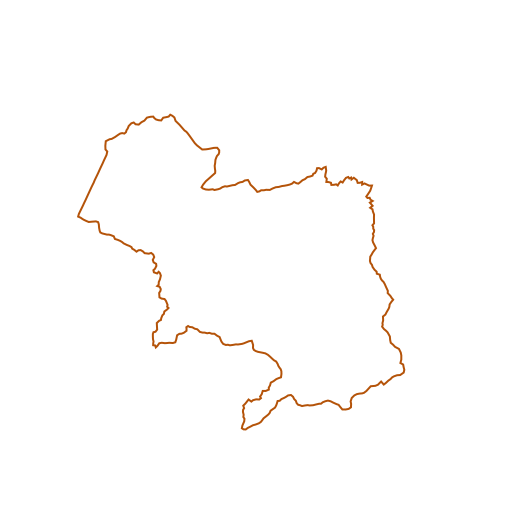 Palmeira, Paraná, Brazil, rotated 235°
{"feature_id": "56859067B23664287771885", "entity_name": "Palmeira", "entity_type": "district", "adm_level": 2, "iso_a3": "BRA", "parent_name": "Brazil", "parent_adm1": "Paraná", "projection": "robinson", "projection_center": [-50.067, -25.452], "detail": "fine", "context": "isolated", "style": "outline", "palette": "amber", "viewbox_px": 512, "rotation_deg": 235, "n_neighbors": 0, "source": "geoboundaries", "source_scale": "gbopen_adm2", "svg_char_len": 6118}
<svg xmlns="http://www.w3.org/2000/svg" viewBox="0 0 512 512"><g transform="rotate(235 256 256)"><path d="M429.6,193.8L426.9,194.1L424.5,191.5L421.6,186.4L419.9,183.6L418.6,181.3L417.4,179.2L415.7,176.3L414.5,174.3L412.1,170.0L410.6,167.3L409.1,165.0L408.2,163.3L406.7,160.6L403.6,155.3L402.5,153.4L399.5,148.3L398.0,145.6L396.7,143.4L395.2,140.7L394.1,138.7L392.1,135.1L390.3,132.9L388.0,134.3L385.8,135.1L384.3,135.8L382.0,137.1L379.8,138.5L378.2,141.3L376.2,144.7L374.3,146.1L372.1,145.4L369.0,143.6L366.3,142.4L364.6,142.0L362.7,143.0L359.1,146.1L358.0,147.7L356.6,148.9L353.7,150.8L350.9,150.2L348.4,152.1L346.1,153.5L344.0,154.4L342.3,154.8L339.2,156.5L336.8,158.1L334.7,159.1L333.0,158.8L330.9,159.8L328.1,160.6L328.1,163.0L327.0,164.9L324.6,166.0L322.2,166.4L319.4,169.5L318.6,171.9L316.1,172.6L313.5,172.0L312.0,169.2L309.5,168.5L306.9,169.7L305.0,168.7L303.5,165.9L303.2,163.8L301.2,163.0L298.4,165.0L298.9,167.2L297.1,167.5L294.5,166.8L292.0,164.0L290.4,161.4L288.3,159.8L288.0,157.9L286.0,159.4L283.5,159.0L282.2,157.7L281.3,155.5L277.5,153.2L275.3,154.2L273.2,156.4L270.9,156.5L268.7,156.0L266.6,155.5L265.4,154.1L263.6,154.5L263.2,152.5L263.1,149.1L261.4,147.3L261.1,145.3L259.4,142.7L258.1,141.4L258.5,139.5L258.0,136.3L255.3,134.6L252.4,132.8L251.6,130.2L252.4,128.3L251.3,126.8L249.0,125.2L246.9,123.9L244.7,123.0L243.4,121.7L241.9,120.6L240.5,122.1L238.6,121.5L238.9,123.6L240.0,126.7L239.0,129.0L236.9,131.3L235.9,132.9L234.7,135.1L232.4,138.0L231.6,140.4L233.2,142.6L236.3,145.9L236.2,148.6L235.1,150.4L234.5,152.8L234.6,156.2L236.0,157.2L237.6,158.1L237.6,160.2L236.0,160.9L234.1,163.0L231.6,164.1L229.6,165.9L226.0,166.5L224.0,168.2L222.7,170.0L220.7,171.7L219.8,173.7L217.7,175.2L216.1,177.4L213.0,178.4L210.5,179.7L208.0,179.1L205.7,178.6L202.8,178.7L200.4,180.3L199.4,182.1L197.8,183.4L196.4,186.1L195.2,188.7L193.8,190.6L192.0,194.2L191.4,196.1L190.8,198.8L190.2,201.4L189.0,203.9L184.8,202.6L182.4,200.8L180.4,200.4L178.4,201.2L176.4,202.6L173.1,205.8L170.9,207.8L168.2,209.1L165.4,209.8L162.9,210.3L160.3,210.9L158.0,212.0L155.1,211.8L153.2,211.3L151.2,211.2L149.1,211.3L147.1,210.7L144.8,209.2L142.3,206.9L143.0,204.4L143.5,202.1L143.4,198.5L143.8,195.5L141.9,193.2L140.9,191.0L139.2,189.9L139.9,186.5L141.6,184.1L139.5,181.4L138.5,178.7L136.7,178.5L136.6,176.3L138.5,173.9L139.6,170.8L139.4,168.7L142.7,167.6L141.2,162.6L140.7,159.7L138.2,159.0L137.4,157.2L135.8,155.9L133.0,154.8L131.4,153.3L129.3,153.2L127.3,151.5L124.9,147.6L123.0,145.6L121.1,146.4L119.8,148.1L119.9,150.6L119.4,153.9L119.1,156.5L118.2,158.9L117.3,162.4L117.3,164.9L117.9,166.8L118.7,169.1L118.9,172.8L119.1,175.3L119.6,177.2L120.9,179.2L120.9,181.7L120.9,184.6L122.0,186.8L123.2,188.5L124.8,190.5L123.8,192.4L124.2,194.7L123.6,197.9L123.4,200.1L123.4,202.3L122.1,204.9L119.5,205.6L116.9,205.2L114.6,205.6L112.1,204.9L109.9,205.2L108.6,206.4L106.7,207.6L105.5,210.3L104.2,212.8L102.8,214.2L101.0,217.2L99.8,220.4L98.8,222.9L97.7,224.6L97.9,226.7L97.3,229.4L96.3,232.0L94.2,233.8L91.7,235.1L88.5,237.0L86.7,238.3L84.3,238.4L80.8,238.7L78.9,241.3L77.6,244.2L77.6,247.0L80.3,249.1L82.6,250.1L84.8,253.0L85.4,256.6L85.0,259.4L83.9,261.9L82.6,264.1L82.0,265.9L82.1,269.0L83.5,275.3L81.2,279.3L80.6,282.1L81.0,284.1L81.4,286.5L79.4,286.7L77.4,286.9L77.5,289.4L78.0,292.9L78.0,295.6L78.5,297.9L78.3,300.0L77.4,303.2L75.8,305.8L75.8,307.9L75.8,310.1L77.7,312.2L80.3,313.2L82.7,314.3L85.5,312.9L87.8,315.6L91.2,318.0L93.9,319.2L97.9,319.8L101.8,317.8L104.8,317.4L107.6,316.6L110.2,317.7L113.3,319.5L118.0,320.0L120.3,319.6L122.8,318.9L125.8,318.8L126.9,320.3L128.4,321.0L130.3,323.2L133.6,325.3L133.8,328.4L135.0,330.6L136.8,334.5L137.8,336.0L139.7,337.7L140.8,340.6L141.5,343.3L143.8,343.1L146.1,343.2L150.1,342.6L151.8,344.0L155.8,344.7L159.3,345.4L161.7,345.6L163.6,345.2L165.8,345.2L167.9,345.8L169.7,346.7L172.2,344.8L174.0,345.8L176.7,345.2L180.1,345.2L182.2,345.9L184.6,345.8L186.6,346.5L188.4,348.0L189.9,349.2L190.9,351.6L192.0,353.8L192.8,356.2L193.6,358.8L196.8,359.3L200.0,359.7L202.2,360.5L203.6,362.0L205.1,363.9L207.1,364.4L208.0,366.4L209.4,367.6L211.1,367.7L212.7,368.8L214.4,369.0L215.0,371.4L219.6,374.5L222.3,376.5L225.5,377.3L227.4,378.2L230.0,377.2L230.2,380.3L234.4,379.9L234.2,383.1L236.4,382.1L238.5,382.5L239.6,380.6L241.4,380.4L242.4,383.1L243.9,386.9L245.1,388.6L247.2,391.4L248.7,389.1L253.2,386.5L253.6,383.9L255.7,385.4L256.4,383.1L257.6,381.2L260.3,382.1L264.0,381.0L263.9,378.1L265.7,378.9L266.0,376.9L267.8,376.9L268.4,374.5L267.5,371.5L266.5,369.1L268.5,368.1L267.9,365.6L266.9,363.4L268.7,362.8L269.6,360.7L271.0,358.5L273.0,359.4L274.9,357.9L276.3,356.1L278.7,358.3L281.3,358.1L283.1,359.7L284.5,361.3L285.7,362.5L289.0,364.2L289.6,361.9L289.2,359.5L291.9,358.0L292.9,356.4L291.2,354.5L290.1,352.0L290.5,350.1L289.4,348.4L290.1,345.9L291.2,343.4L290.9,340.2L291.4,337.5L291.1,334.6L291.0,332.2L292.4,330.9L294.9,329.6L294.6,327.0L295.2,324.5L296.0,322.4L297.2,319.7L298.4,317.4L299.5,314.3L301.0,311.6L301.8,308.2L302.2,305.2L304.4,302.3L305.3,300.2L306.9,297.9L307.0,295.8L307.8,293.8L310.2,293.7L313.6,293.2L317.6,292.4L320.5,292.9L322.9,293.0L324.3,290.1L324.4,287.5L325.5,285.2L326.0,283.1L326.2,279.6L327.5,277.3L328.6,274.5L329.6,272.0L330.9,270.6L331.7,267.9L331.8,265.3L332.4,263.3L333.9,259.8L335.5,258.8L337.3,255.4L339.3,253.0L341.8,251.2L343.5,250.8L344.8,253.6L346.0,257.8L346.4,261.4L346.9,265.7L347.4,270.1L349.0,271.4L351.2,272.5L353.6,273.9L355.6,275.9L358.0,277.9L359.5,280.0L360.4,281.6L360.8,283.7L361.9,285.2L363.7,286.5L366.9,286.3L368.7,283.6L371.0,278.3L372.2,276.0L374.1,273.0L378.8,271.6L380.4,271.1L383.5,270.6L392.6,270.5L395.8,270.4L397.7,270.2L399.9,269.4L403.7,269.0L407.5,268.6L412.8,267.6L416.3,268.6L418.8,267.9L420.9,266.8L420.3,264.4L421.1,262.4L422.5,259.3L421.4,256.1L423.2,254.0L425.2,252.4L427.4,251.8L429.1,251.8L430.4,249.7L431.2,247.9L431.9,246.0L430.9,242.2L431.3,238.9L430.9,235.3L433.0,232.9L435.5,232.4L436.2,230.0L435.5,226.3L434.0,224.0L433.3,222.1L432.0,220.5L431.8,218.4L433.4,216.9L434.2,215.0L434.3,212.7L434.3,208.8L434.7,204.9L435.6,203.1L436.2,198.8L432.7,195.8L429.6,193.8Z" fill="none" stroke="#b45309" stroke-width="2"/></g></svg>